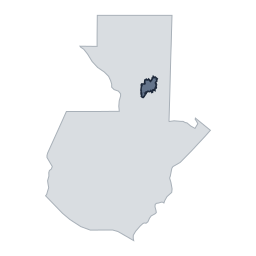 El Chal, Petén, Guatemala (highlighted)
{"feature_id": "79465075B2800048141456", "entity_name": "El Chal", "entity_type": "district", "adm_level": 2, "iso_a3": "GTM", "parent_name": "Guatemala", "parent_adm1": "Petén", "projection": "equal_earth", "projection_center": [-89.714, 16.515], "detail": "fine", "context": "in_parent", "style": "filled", "palette": "slate", "viewbox_px": 256, "rotation_deg": 0, "n_neighbors": 0, "source": "geoboundaries", "source_scale": "gbopen_adm2", "svg_char_len": 4345}
<svg xmlns="http://www.w3.org/2000/svg" viewBox="0 0 256 256"><path d="M45.6,195.8L46.7,194.4L47.6,191.1L48.7,187.7L48.0,183.8L47.6,180.7L48.9,176.1L48.8,172.6L49.4,170.5L51.3,169.1L52.3,166.5L47.0,157.5L47.0,155.4L47.7,152.9L52.1,143.2L57.3,131.7L63.0,119.1L66.4,111.5L78.8,111.5L87.0,111.5L97.5,111.5L108.8,111.4L116.2,111.4L119.3,111.3L118.8,106.4L119.2,100.9L120.6,96.0L120.6,93.8L118.4,91.1L114.1,89.6L111.7,87.2L111.7,84.2L110.6,80.6L108.6,76.3L104.3,72.0L97.7,67.5L92.2,61.6L87.6,54.1L83.7,49.2L80.7,47.2L80.0,46.2L88.8,46.3L97.1,46.4L97.1,35.6L97.2,26.1L97.3,15.4L112.3,15.4L130.2,15.4L148.8,15.4L163.4,15.4L172.0,15.4L171.6,28.8L171.2,44.2L170.8,55.6L170.4,70.8L170.0,86.3L169.4,107.5L169.0,121.2L169.2,121.5L174.1,120.8L181.3,121.4L183.1,121.4L185.3,122.6L187.0,122.9L190.7,126.0L195.0,128.4L197.8,123.7L196.3,120.8L195.2,119.4L195.4,118.1L210.4,130.3L208.7,132.2L204.8,136.6L197.9,144.0L191.7,150.7L185.8,156.7L180.4,162.2L179.7,162.7L172.9,166.6L171.8,168.4L170.3,176.1L169.6,178.0L170.9,182.3L172.1,188.9L171.7,192.4L167.0,196.6L164.8,200.5L163.9,203.0L163.0,202.3L161.6,202.1L158.2,203.1L156.5,203.3L155.2,204.4L155.0,206.8L156.0,210.6L156.3,212.6L155.3,213.6L151.2,215.9L149.5,218.2L147.9,221.8L146.1,223.2L144.2,223.0L142.9,223.5L140.0,226.2L135.6,231.3L133.3,235.2L133.2,238.1L133.7,240.6L117.9,231.5L112.6,230.0L90.3,230.1L80.8,226.6L70.0,219.6L62.6,213.4L45.6,195.8Z" fill="#d9dde1" stroke="#a8b0b8" stroke-width="1"/><path d="M156.4,79.7L156.7,79.5L156.8,79.3L157.0,79.4L157.1,79.1L157.3,78.8L156.7,78.3L156.5,78.2L156.4,78.1L156.2,78.1L155.9,77.9L155.9,77.6L155.4,77.2L155.2,77.6L154.8,77.6L154.7,77.4L154.5,77.5L154.4,77.5L154.2,77.6L154.0,77.3L153.8,77.2L153.6,77.2L153.8,76.8L153.6,76.6L153.5,76.8L153.2,76.5L153.1,76.9L153.1,77.0L153.0,77.4L152.9,77.3L152.2,79.0L152.1,78.9L152.1,79.2L151.9,79.4L151.9,79.5L151.8,79.8L151.6,80.1L151.5,80.3L151.3,80.2L151.1,80.7L150.9,80.6L150.7,80.8L150.5,80.7L150.4,81.0L150.2,80.9L150.2,81.0L150.0,80.8L149.9,80.9L149.3,80.3L149.2,79.6L148.6,79.0L148.4,79.3L148.1,79.6L147.8,79.7L147.7,79.7L147.8,79.6L147.7,79.7L147.6,79.8L147.3,79.9L147.3,80.0L147.2,80.0L147.2,79.9L146.9,79.8L146.7,79.7L146.7,79.4L146.5,79.2L146.4,79.3L146.2,79.3L146.1,79.6L145.9,79.7L145.7,79.6L145.4,79.6L145.2,79.6L145.2,79.4L145.0,80.2L144.8,80.2L144.8,81.2L144.7,81.2L144.6,82.0L144.6,83.0L145.0,83.1L145.0,83.5L144.5,83.5L144.5,84.0L143.8,84.0L143.5,84.0L141.7,83.9L141.5,84.2L141.5,84.7L141.7,85.1L141.3,85.0L141.3,85.4L141.7,85.4L141.7,85.9L141.5,86.0L140.9,90.2L141.2,90.3L141.0,93.9L141.1,93.5L141.2,93.4L141.2,93.5L141.3,93.4L141.2,93.2L141.5,93.1L141.5,92.9L141.6,93.0L141.6,95.7L141.3,96.3L142.3,97.3L142.5,97.2L142.7,97.3L142.7,97.2L142.8,97.2L143.0,97.2L143.1,97.3L143.3,97.3L143.4,97.2L143.5,97.2L143.6,96.9L143.7,96.7L143.9,96.7L144.0,96.5L144.2,96.4L144.2,96.2L144.3,96.1L144.5,95.8L144.6,95.7L144.9,95.4L145.0,95.1L145.0,94.9L145.0,95.0L145.1,94.7L145.2,94.4L145.2,94.2L145.3,94.1L145.2,94.0L145.2,93.9L145.2,93.7L145.3,93.5L145.3,93.4L145.2,93.3L145.4,93.3L145.4,93.2L145.5,93.1L145.5,92.9L145.8,92.8L146.0,92.7L146.0,92.8L146.1,92.7L146.2,92.8L146.2,92.7L146.3,92.6L146.5,92.4L146.6,92.2L146.7,92.3L146.8,92.2L146.7,92.1L146.8,92.1L146.9,91.8L147.0,91.8L147.3,91.8L147.4,91.7L147.6,91.7L147.8,91.4L147.9,91.5L148.0,91.4L148.3,91.4L148.6,91.3L148.8,91.5L149.0,91.6L149.3,91.7L149.5,91.7L149.8,91.6L150.0,91.5L150.2,91.3L150.3,91.5L150.3,91.4L150.6,91.4L150.9,91.3L151.0,91.3L151.0,91.2L151.1,91.3L151.1,91.2L151.2,91.3L151.2,91.2L151.4,91.4L151.4,91.5L151.5,91.6L151.8,91.7L151.8,91.8L151.9,91.7L151.9,91.9L152.0,91.8L152.0,92.0L152.2,92.3L152.3,92.3L152.5,92.3L152.4,89.6L152.5,89.8L152.5,90.1L152.8,90.2L153.1,90.0L153.1,89.9L153.2,89.7L153.3,89.7L153.4,89.8L153.4,90.0L153.2,90.2L153.3,90.3L153.4,90.2L153.5,90.2L153.6,90.3L153.7,90.2L153.8,90.1L154.0,90.0L154.0,89.9L154.2,89.7L154.3,89.7L154.5,89.7L154.5,89.8L154.8,90.0L154.8,90.3L154.8,90.5L155.0,90.6L155.0,88.6L155.1,88.0L155.3,87.9L155.6,88.0L155.8,88.0L156.0,88.1L156.2,87.8L156.1,87.5L156.3,87.6L156.4,87.2L156.2,86.7L155.9,86.4L155.9,86.2L155.9,85.9L156.0,85.8L156.3,85.3L156.2,85.3L156.2,83.9L155.9,83.9L155.9,83.7L155.7,83.7L155.7,83.4L155.6,83.1L155.5,82.8L155.4,82.8L155.4,82.7L155.7,82.4L155.8,82.1L156.5,81.5L156.4,81.4L156.8,81.0L156.7,80.4L156.6,80.0L156.4,79.7Z" fill="#64748b" stroke="#1e293b" stroke-width="1.5"/></svg>